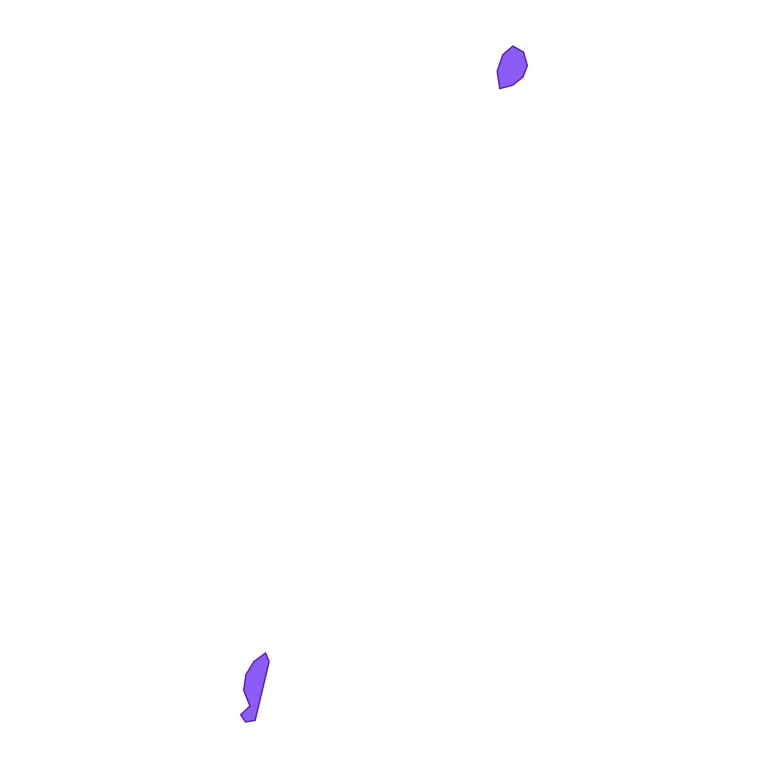 outline of San Andrés y Providencia
{"feature_id": "COL-1342", "entity_name": "San Andrés y Providencia", "entity_type": "Department", "adm_level": 1, "iso_a3": "COL", "parent_name": "Colombia", "parent_adm1": "", "projection": "orthographic", "projection_center": [-81.079, 13.04], "detail": "fine", "context": "isolated", "style": "filled", "palette": "violet", "viewbox_px": 768, "rotation_deg": 0, "n_neighbors": 0, "source": "natural_earth", "source_scale": "10m", "svg_char_len": 352}
<svg xmlns="http://www.w3.org/2000/svg" viewBox="0 0 768 768"><path d="M250.0,706.0L243.7,690.3L245.9,674.7L254.0,661.5L265.6,653.0L269.1,661.7L255.1,720.4L245.5,721.9L240.7,714.8L250.0,706.0ZM499.8,88.6L497.2,71.3L502.8,54.8L512.9,46.1L523.5,52.1L527.3,65.7L522.9,77.0L512.9,85.0L499.8,88.6Z" fill="#8b5cf6" stroke="#5b21b6" stroke-width="1.5"/></svg>